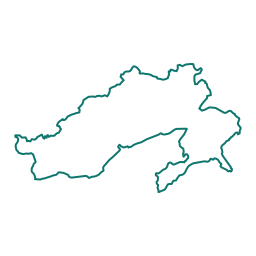 an SVG outline of Arunachal Pradesh
{"feature_id": "IND-3299", "entity_name": "Arunachal Pradesh", "entity_type": "State", "adm_level": 1, "iso_a3": "IND", "parent_name": "India", "parent_adm1": "", "projection": "natural_earth1", "projection_center": [94.95, 28.008], "detail": "fine", "context": "isolated", "style": "outline", "palette": "teal", "viewbox_px": 256, "rotation_deg": 0, "n_neighbors": 0, "source": "natural_earth", "source_scale": "10m", "svg_char_len": 5876}
<svg xmlns="http://www.w3.org/2000/svg" viewBox="0 0 256 256"><path d="M199.0,81.8L201.8,79.7L205.3,81.6L205.1,82.3L205.1,82.8L205.4,83.1L206.0,83.2L206.7,83.8L207.0,84.7L207.4,86.8L207.9,87.8L210.0,90.4L210.6,92.8L210.8,95.0L207.1,96.1L207.1,98.1L203.5,102.1L200.7,105.9L199.4,108.6L202.0,110.6L204.8,109.8L206.9,108.6L209.5,107.4L215.5,107.9L223.9,112.6L225.2,112.9L226.4,112.6L227.8,111.6L229.5,110.8L231.0,111.2L233.6,113.6L234.7,113.9L235.1,115.1L235.4,115.5L237.6,117.3L239.1,118.2L239.3,119.5L238.1,122.3L237.9,123.9L238.5,125.1L240.4,127.3L240.6,128.6L239.8,130.7L239.6,131.4L239.7,133.0L239.6,133.4L238.8,133.8L238.0,134.2L237.8,133.8L237.8,133.2L237.3,132.6L236.7,132.5L236.0,132.7L235.3,133.1L233.7,135.1L231.7,137.0L230.7,137.5L230.4,138.2L230.2,138.5L229.4,138.8L229.2,139.0L229.0,140.1L228.8,140.3L226.8,140.9L226.3,141.3L225.0,143.1L222.1,145.5L221.6,146.3L221.3,147.2L221.3,148.2L221.9,149.4L222.3,151.6L222.4,152.3L221.9,153.6L222.1,154.5L223.0,156.2L229.4,165.2L230.7,166.8L230.8,168.1L231.8,168.9L232.0,169.4L231.4,171.3L230.9,171.5L229.8,170.9L228.2,171.3L227.8,171.1L226.9,170.0L221.5,167.3L220.6,166.5L220.6,165.8L221.3,164.1L221.0,163.7L219.8,162.6L219.3,162.0L218.5,160.5L218.0,159.9L217.3,159.3L216.0,158.7L215.2,158.5L214.5,158.4L214.1,158.6L213.5,159.4L213.1,159.6L212.6,159.6L211.7,159.0L210.6,158.8L210.2,159.2L209.9,160.0L209.1,161.0L208.5,161.4L207.7,161.7L206.9,161.7L206.3,161.5L203.7,161.4L193.4,163.3L190.7,164.6L188.3,166.4L186.8,168.7L185.4,171.7L184.6,173.0L183.5,174.1L182.4,174.7L180.2,175.2L179.2,175.6L177.5,177.9L176.1,180.3L175.6,180.5L173.8,180.7L173.2,181.0L172.8,181.6L171.9,183.7L171.3,184.0L169.6,183.9L168.0,184.3L166.9,185.9L166.0,187.8L164.9,189.4L164.2,189.9L161.2,191.0L159.8,191.7L159.0,192.0L158.5,191.9L158.5,190.5L157.8,188.4L157.6,187.5L158.1,185.2L158.0,184.9L157.7,184.5L156.9,183.8L156.7,183.4L156.6,182.8L156.6,182.0L156.8,181.7L157.5,180.9L157.8,180.2L158.0,178.0L157.7,176.6L157.0,176.0L156.3,175.6L155.9,175.2L155.8,173.8L156.1,173.4L156.7,173.2L158.2,173.4L159.1,173.1L162.8,170.0L163.9,169.4L165.4,168.8L166.3,167.9L166.9,167.1L167.3,166.3L167.7,164.6L168.1,163.7L168.8,163.1L169.7,162.6L170.1,162.5L170.7,162.7L171.3,163.0L173.1,164.5L173.9,164.6L180.0,162.0L181.8,162.1L182.8,161.9L184.1,162.4L184.5,162.1L185.0,161.1L186.2,160.5L186.7,159.3L187.9,158.4L188.2,158.0L188.2,156.4L188.2,156.0L187.2,154.5L186.9,154.3L186.3,154.2L185.5,154.4L185.1,154.7L183.9,156.4L183.6,156.6L183.4,156.5L183.3,156.1L183.5,154.8L183.4,154.4L183.1,154.2L183.1,153.7L183.7,152.0L183.4,149.2L183.1,148.6L182.8,148.3L181.5,147.5L181.1,147.0L180.2,146.3L179.9,145.9L179.8,145.5L179.5,142.7L179.0,141.7L179.5,140.5L180.5,139.0L183.9,134.7L185.3,132.2L185.8,130.9L186.7,129.3L186.7,128.9L186.3,128.7L176.7,128.9L175.0,129.4L171.7,131.7L170.0,133.0L168.0,133.8L164.7,134.5L163.1,134.4L162.1,134.0L161.0,133.3L160.7,133.3L160.3,133.5L158.5,134.7L146.9,139.2L141.0,142.4L138.1,143.1L135.8,144.0L133.6,145.0L131.6,146.5L130.4,147.0L129.4,146.9L128.4,147.5L127.5,146.4L123.7,147.5L122.6,146.9L121.2,146.5L120.9,146.3L120.3,145.4L119.7,144.9L119.4,144.9L118.5,146.0L118.2,146.6L118.4,147.4L118.9,148.0L119.7,148.8L120.0,149.6L119.4,150.7L112.5,157.3L111.1,158.4L109.3,160.0L104.0,166.1L103.5,166.8L103.2,167.6L103.2,168.8L103.5,170.1L103.5,170.4L103.2,170.9L102.0,171.6L100.6,172.8L99.0,174.5L98.0,175.1L95.6,176.2L94.4,176.5L92.3,176.7L91.4,176.9L89.7,177.8L88.9,177.9L87.3,176.5L86.6,176.1L85.6,175.9L71.8,177.6L70.5,177.4L69.6,177.0L68.8,176.4L68.6,176.0L68.5,175.3L67.2,174.5L63.8,173.0L60.9,172.5L59.3,172.3L58.5,172.5L57.0,174.1L56.4,174.6L55.6,175.0L53.3,175.4L50.5,176.5L46.3,177.8L44.8,178.4L42.9,178.6L40.2,179.5L35.1,179.1L35.3,178.4L34.6,175.6L34.0,174.1L32.0,172.0L31.6,170.5L31.6,169.7L31.9,168.0L32.2,167.3L33.1,166.0L33.5,164.3L34.1,163.6L35.3,162.5L35.6,161.7L33.1,154.4L31.2,153.2L28.3,153.8L26.6,153.5L23.6,154.0L21.5,153.8L20.7,153.4L18.8,152.9L18.2,152.1L17.9,151.4L16.8,150.4L16.4,149.7L15.6,146.3L15.9,144.5L17.7,141.7L18.1,140.3L18.1,138.6L16.9,137.3L15.4,136.8L15.4,135.4L17.8,135.3L19.9,135.5L21.8,137.6L25.5,137.4L26.7,139.5L27.0,141.1L28.7,141.0L30.4,141.3L31.8,139.2L34.8,139.6L36.4,138.5L37.2,137.2L41.6,134.7L42.0,134.9L43.0,137.3L43.5,138.1L44.1,138.5L44.6,137.6L45.1,136.3L45.3,136.3L45.5,137.1L45.9,137.7L46.6,137.6L47.1,135.8L47.6,135.2L48.0,135.3L48.5,136.4L48.9,136.8L49.3,136.7L50.8,135.6L52.4,135.9L54.6,135.6L55.3,134.6L57.0,133.3L58.9,132.6L60.9,129.1L59.6,127.2L59.6,126.6L59.1,126.1L57.8,126.0L57.2,125.7L57.1,125.0L57.8,123.4L58.7,122.1L59.9,121.1L62.7,119.2L63.1,120.0L64.2,120.0L64.8,119.8L65.4,119.4L66.0,118.8L67.5,116.7L68.2,116.2L69.7,115.7L70.3,115.1L76.3,113.1L79.3,112.4L79.7,109.8L78.5,108.1L79.8,106.9L82.4,103.9L83.0,102.2L83.6,100.0L88.6,96.8L92.7,96.5L94.9,96.8L95.6,96.8L97.1,96.0L98.7,95.9L99.3,95.7L101.6,96.4L104.8,95.3L107.3,96.3L108.6,94.1L109.4,92.3L109.8,90.7L109.8,88.7L110.6,88.3L111.2,87.8L113.2,86.9L115.4,86.2L116.9,84.7L119.8,84.5L121.4,82.5L123.6,80.2L120.6,76.8L121.3,74.4L122.7,74.5L123.2,74.4L123.6,73.9L124.2,72.7L124.6,72.2L125.5,71.7L126.5,71.5L128.5,71.5L130.1,71.0L130.6,70.5L132.7,67.2L133.4,66.5L134.6,66.4L136.0,67.0L137.4,68.0L139.4,70.6L139.9,71.3L139.6,73.2L140.2,73.6L143.2,73.4L144.7,73.8L148.4,74.2L150.7,74.8L152.7,76.0L153.4,76.3L156.6,77.0L156.9,77.2L157.1,77.5L157.2,78.3L157.6,78.6L159.8,78.9L163.1,79.7L165.5,79.2L167.8,78.1L168.7,75.2L169.1,74.9L169.1,73.8L168.7,72.1L168.8,71.5L170.2,71.4L170.2,70.6L170.3,70.2L170.7,69.8L171.8,69.7L173.9,70.7L176.6,71.1L177.8,68.5L177.7,65.4L178.9,65.1L179.7,64.8L182.3,66.2L185.8,64.5L190.4,64.0L193.1,64.1L193.4,64.7L194.0,67.1L194.4,67.9L195.5,69.3L196.7,70.1L197.9,70.0L199.3,69.1L200.1,68.5L200.6,68.2L201.1,68.5L201.7,69.3L201.8,69.9L200.8,71.5L200.3,72.9L199.8,73.3L195.7,74.5L195.1,75.0L194.4,76.3L194.4,80.6L195.2,84.2L197.2,84.0L199.0,81.8Z" fill="none" stroke="#0f766e" stroke-width="2"/></svg>